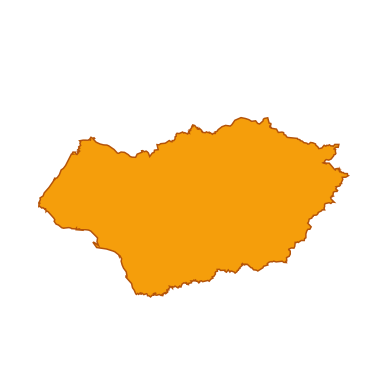 Besalampy, Melaky, Madagascar, rotated 301°
{"feature_id": "10022922B83460232588272", "entity_name": "Besalampy", "entity_type": "district", "adm_level": 2, "iso_a3": "MDG", "parent_name": "Madagascar", "parent_adm1": "Melaky", "projection": "albers", "projection_center": [45.158, -16.857], "detail": "fine", "context": "isolated", "style": "filled", "palette": "amber", "viewbox_px": 384, "rotation_deg": 301, "n_neighbors": 0, "source": "geoboundaries", "source_scale": "gbopen_adm2", "svg_char_len": 6014}
<svg xmlns="http://www.w3.org/2000/svg" viewBox="0 0 384 384"><g transform="rotate(301 192 192)"><path d="M178.0,69.3L177.6,70.7L176.1,70.8L174.5,72.6L172.7,71.7L172.6,72.2L171.5,72.2L172.1,72.5L171.7,73.0L171.3,72.3L170.5,72.9L169.6,72.4L169.4,73.6L168.4,73.0L168.7,73.8L168.0,73.7L168.4,74.3L167.1,73.8L167.1,74.4L165.0,74.1L165.1,73.2L164.3,73.9L166.0,71.4L164.9,69.4L163.2,69.5L163.2,70.4L162.3,69.1L149.6,70.0L146.0,69.6L143.5,68.5L138.5,69.4L135.8,69.2L134.5,69.0L133.2,67.7L132.7,67.9L132.8,67.2L131.4,67.7L131.2,67.3L129.9,67.6L122.2,67.1L115.2,65.8L111.9,66.4L108.6,64.8L107.3,66.0L103.6,66.3L103.3,66.7L104.2,67.0L103.9,67.4L103.0,67.0L100.6,68.2L101.3,68.8L100.9,71.6L101.8,72.3L101.6,74.1L102.1,74.9L101.3,75.0L101.4,76.1L100.0,77.0L100.9,77.2L101.0,78.8L98.4,87.1L97.5,88.7L95.9,88.9L94.5,92.0L94.9,94.6L94.3,98.7L94.8,100.5L97.9,104.5L98.7,106.4L98.6,107.7L100.5,111.4L101.3,111.5L100.3,112.0L101.7,113.7L101.4,113.6L101.5,114.0L100.7,113.5L102.6,117.3L102.7,116.7L104.9,120.3L106.1,122.9L106.4,125.3L104.0,134.7L100.4,136.2L98.0,139.4L98.4,134.4L98.2,133.5L97.7,133.4L95.3,138.9L99.1,148.0L100.7,154.6L101.0,156.6L100.4,161.5L99.4,162.8L100.2,162.5L100.2,163.1L99.4,163.5L99.8,163.8L98.5,166.1L96.2,166.9L93.6,169.6L91.5,172.5L89.7,176.8L86.8,179.3L85.4,180.0L85.6,178.9L85.0,179.2L82.4,187.4L79.3,190.3L78.1,193.0L75.8,196.2L75.6,197.1L77.1,197.7L76.8,199.0L78.9,199.6L78.9,200.2L78.0,200.0L78.3,201.1L79.5,201.2L79.2,203.5L81.4,205.4L81.3,206.3L80.2,207.3L80.9,208.5L80.7,210.5L83.1,211.1L83.7,212.2L85.0,211.3L86.5,212.6L86.5,213.0L85.3,212.6L84.8,213.4L85.4,215.0L87.3,216.7L87.4,218.7L88.7,219.2L87.9,219.7L88.1,220.3L90.3,219.8L92.0,220.8L92.1,221.3L91.0,221.0L91.2,221.8L93.7,222.7L94.2,222.4L93.7,222.0L95.1,220.9L96.3,222.5L96.9,221.7L98.7,222.3L99.6,221.2L100.0,222.8L99.4,224.9L100.8,224.0L101.2,225.4L102.6,225.9L102.6,229.4L103.9,229.4L104.2,230.2L104.9,229.9L104.9,231.4L107.9,230.9L109.9,231.7L110.6,233.6L111.3,233.6L111.2,234.4L110.3,235.0L110.8,236.7L111.9,236.1L113.9,238.3L114.8,237.9L115.2,237.0L116.0,238.6L117.4,238.9L117.5,239.6L116.9,239.1L117.0,239.8L118.4,240.4L117.6,241.4L118.3,242.8L117.6,244.6L118.4,245.0L119.4,244.6L120.7,245.7L120.6,247.3L124.4,251.2L124.4,252.7L126.8,253.0L128.9,254.2L129.0,253.5L129.8,253.6L129.9,253.2L131.0,254.2L133.9,254.3L134.5,253.5L135.8,253.4L137.2,254.6L138.6,253.4L139.9,255.5L139.4,256.7L141.9,260.5L141.0,261.1L141.0,262.8L143.9,263.2L142.9,265.7L144.1,265.9L144.6,266.7L145.1,269.3L144.7,270.7L147.0,271.6L148.1,271.3L148.8,272.0L150.7,271.8L151.2,272.4L151.9,271.9L154.8,272.8L155.6,271.8L156.2,272.0L156.1,272.8L156.6,272.5L156.5,273.4L157.1,274.1L156.7,274.8L158.0,275.3L158.0,276.2L158.5,276.7L157.5,281.6L157.9,282.5L157.0,284.8L158.2,287.5L158.2,289.1L163.6,291.8L165.2,291.6L168.5,294.6L169.4,293.4L171.8,294.3L173.2,295.8L173.3,296.6L174.8,297.7L175.4,300.1L179.1,305.0L179.0,307.0L180.1,309.2L180.8,308.1L181.7,308.7L184.5,306.8L186.9,308.4L189.4,308.2L192.0,306.6L192.3,304.6L192.8,304.4L195.2,306.0L196.4,308.3L198.3,308.1L202.0,306.4L202.5,307.6L203.5,308.0L203.5,309.1L206.7,310.6L208.2,313.2L210.1,312.5L211.4,313.2L214.7,311.2L218.0,310.4L219.8,310.6L220.8,312.2L223.5,312.1L224.9,307.2L226.5,307.3L229.1,306.4L231.3,308.1L232.3,307.9L233.6,308.4L234.4,308.0L236.5,310.7L238.4,311.1L239.4,310.7L242.5,312.7L243.8,312.8L245.0,314.9L246.1,313.5L247.8,313.2L249.5,312.1L250.7,312.2L253.5,315.1L253.7,316.9L255.8,317.6L256.5,319.2L257.6,314.8L258.8,313.6L261.1,315.1L260.9,314.1L261.9,314.5L264.5,313.3L266.0,314.1L267.2,316.0L268.3,316.0L268.7,313.6L270.7,313.5L270.8,312.9L273.1,315.4L274.2,315.6L275.0,314.7L276.3,315.9L277.0,315.1L280.4,314.8L282.0,313.2L283.9,316.2L286.5,317.6L286.4,316.9L287.8,315.7L286.3,313.1L286.6,311.5L285.8,310.4L286.2,309.3L285.4,308.6L285.8,307.6L287.1,307.7L286.7,306.8L287.6,306.5L286.9,305.9L287.4,305.7L286.9,305.6L287.2,304.8L286.0,303.3L284.8,303.6L284.7,302.8L287.4,294.8L286.1,292.5L285.2,292.4L285.6,291.3L284.7,290.7L284.5,289.3L286.0,290.2L287.3,289.8L288.9,290.3L289.8,292.8L291.9,294.3L296.0,294.8L297.0,294.5L298.0,295.4L299.0,295.5L301.1,293.6L302.5,293.2L302.1,291.6L304.4,292.1L305.6,294.3L308.4,293.4L306.3,289.9L303.8,289.5L303.8,288.4L303.0,287.4L303.2,285.4L301.9,284.8L301.5,283.5L300.2,283.1L300.1,281.2L296.5,280.6L294.5,278.3L295.6,276.4L295.8,274.2L296.8,273.1L296.4,270.3L295.5,268.1L293.6,267.6L292.7,266.6L293.0,265.3L291.9,262.4L292.4,260.4L291.8,258.4L292.4,257.5L291.7,255.5L292.2,254.7L288.0,245.8L288.1,244.5L289.0,243.0L288.6,241.3L290.1,239.9L289.7,238.3L287.5,235.3L289.4,232.0L287.6,227.3L287.7,225.4L288.0,225.1L288.4,225.9L289.0,224.7L290.1,225.1L291.3,224.3L290.8,222.6L294.6,218.7L292.3,216.1L291.0,215.7L289.5,216.3L285.1,214.9L284.6,212.9L285.8,209.9L283.3,206.7L283.3,203.4L282.5,199.9L281.0,195.7L275.5,191.8L270.1,191.5L268.2,190.8L266.4,186.5L263.5,184.1L258.9,182.3L257.1,182.3L255.2,180.8L254.9,181.6L254.2,181.8L253.2,180.0L252.0,179.8L252.2,177.2L251.6,176.8L252.1,175.8L251.2,175.3L250.9,173.3L249.7,172.9L248.6,170.6L249.2,169.8L248.8,169.2L249.8,168.5L250.4,165.4L249.8,165.0L249.2,165.4L248.8,164.3L250.1,163.6L249.4,162.9L250.4,160.1L249.9,158.1L248.8,158.1L248.5,159.0L247.6,158.2L246.2,158.7L245.1,158.3L244.2,159.0L243.7,157.8L242.7,158.7L242.3,157.9L241.0,159.5L240.8,158.3L239.5,158.4L239.1,155.2L238.3,154.5L238.6,153.1L235.5,150.9L234.6,148.9L233.2,148.7L231.7,149.7L230.7,149.1L228.5,150.2L226.6,149.9L225.9,148.6L224.8,149.0L224.3,147.9L224.4,146.0L220.1,144.0L217.3,140.3L215.5,139.5L214.6,137.6L210.9,141.2L208.5,138.3L206.4,139.1L204.9,137.9L200.6,137.5L203.0,134.5L203.4,132.8L203.4,131.6L201.9,130.3L202.1,128.5L201.4,127.6L200.4,128.7L196.2,125.5L192.7,125.8L190.9,122.5L190.6,120.6L191.2,118.0L191.2,113.7L189.7,110.6L187.4,109.2L186.9,108.0L188.3,103.3L188.7,96.9L188.4,94.9L186.9,92.1L185.8,88.5L185.3,84.3L186.4,80.3L186.8,80.1L187.7,80.9L188.0,80.1L186.9,79.3L186.9,77.2L185.3,77.1L184.5,78.2L184.0,78.1L184.0,76.8L182.9,76.3L180.4,72.0L178.0,69.3Z" fill="#f59e0b" stroke="#b45309" stroke-width="1.5"/></g></svg>